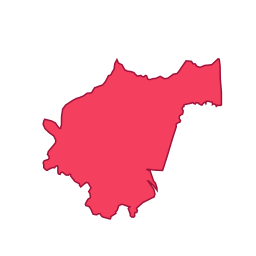 outline of Bakala, Ouaka, Central African Republic, rotated 17°
{"feature_id": "33826404B96667764649230", "entity_name": "Bakala", "entity_type": "district", "adm_level": 2, "iso_a3": "CAF", "parent_name": "Central African Republic", "parent_adm1": "Ouaka", "projection": "albers", "projection_center": [20.419, 6.598], "detail": "fine", "context": "isolated", "style": "filled", "palette": "rose", "viewbox_px": 256, "rotation_deg": 17, "n_neighbors": 0, "source": "geoboundaries", "source_scale": "gbopen_adm2", "svg_char_len": 2796}
<svg xmlns="http://www.w3.org/2000/svg" viewBox="0 0 256 256"><g transform="rotate(17 128 128)"><path d="M195.2,35.6L193.9,35.5L189.6,43.0L185.9,44.6L183.1,45.7L179.2,48.9L176.0,48.9L173.6,47.1L171.4,47.5L169.1,45.7L163.9,46.8L162.5,51.2L160.3,58.3L159.1,61.5L155.6,63.3L151.6,68.7L148.5,70.2L143.7,69.2L140.2,72.4L137.4,73.5L135.0,75.2L132.8,75.6L130.4,72.6L129.2,72.7L128.7,73.8L128.0,74.5L126.5,74.6L124.8,74.0L123.0,75.0L121.6,75.6L120.8,75.2L118.9,74.2L117.5,73.3L115.0,73.2L112.4,73.4L111.0,73.9L109.3,73.4L107.9,73.4L105.5,71.0L103.9,69.4L99.9,68.7L97.4,65.8L96.6,70.1L97.0,73.0L97.5,75.9L96.7,78.6L96.0,82.4L94.0,83.7L93.0,89.7L91.3,94.1L84.3,99.3L82.8,105.1L78.7,106.7L76.0,110.4L72.8,113.0L70.0,114.9L66.7,118.2L61.6,124.4L60.0,129.1L61.1,136.4L63.4,144.3L63.5,148.1L62.1,148.2L60.0,146.7L57.1,144.4L52.8,143.6L45.8,144.0L45.4,146.0L45.8,149.4L49.1,153.1L54.6,155.7L59.3,157.3L62.4,160.6L63.0,163.5L58.7,173.7L58.7,176.8L61.1,178.6L61.3,179.8L61.1,181.1L60.2,181.9L57.5,183.8L57.0,185.7L57.5,186.9L58.2,187.7L58.7,189.6L59.0,190.5L60.4,191.4L62.4,192.2L63.1,192.1L63.8,191.2L64.8,190.2L66.1,189.1L66.8,188.4L67.9,187.7L69.1,187.7L69.4,187.5L70.0,185.9L71.3,184.8L72.1,185.2L72.7,186.8L73.3,189.1L74.0,191.0L74.9,192.3L76.6,192.2L76.8,190.4L78.2,189.4L82.4,191.1L84.8,190.5L85.7,189.2L86.5,189.2L87.4,190.8L92.5,194.4L94.6,195.0L97.6,195.4L98.4,196.9L100.0,198.2L102.8,193.8L104.3,192.2L106.2,192.3L110.1,196.1L109.0,200.3L110.8,201.8L112.4,205.5L110.5,208.0L109.9,210.6L109.5,213.4L110.3,214.5L113.5,214.4L116.0,216.2L119.7,220.5L121.6,220.5L123.5,220.1L124.6,218.7L126.5,218.2L127.6,219.3L129.0,220.3L130.7,220.5L134.1,220.3L137.4,220.3L137.8,219.6L137.6,217.6L141.4,213.2L140.8,212.0L141.8,209.2L141.8,205.2L143.4,203.5L145.0,202.6L149.4,202.9L152.8,202.9L151.7,204.8L153.3,206.9L155.3,209.7L155.9,211.3L157.8,212.1L159.7,211.4L160.2,210.1L159.5,208.6L159.5,206.8L161.0,206.3L161.1,204.1L159.5,202.3L164.0,194.9L170.8,188.4L173.1,186.3L173.1,183.3L171.7,180.9L170.2,178.6L162.5,172.8L163.3,172.7L169.1,175.5L174.0,179.1L173.0,176.5L170.3,172.7L168.0,171.3L161.7,162.6L158.3,162.2L158.7,161.7L166.0,160.4L173.5,158.5L173.7,143.1L173.6,125.0L173.8,112.7L172.9,110.4L174.0,108.6L176.0,107.1L176.0,105.5L174.6,104.4L173.9,103.2L173.9,100.9L176.1,98.7L176.0,96.6L175.6,95.2L174.0,93.7L174.2,92.0L175.2,91.1L174.7,89.7L176.1,88.6L178.1,87.5L180.9,86.0L182.3,84.8L183.8,85.3L185.3,85.4L185.7,83.9L187.1,83.5L188.8,84.1L190.6,84.5L192.0,84.5L192.5,83.0L193.6,81.1L194.7,81.1L195.3,81.8L195.3,81.2L195.1,80.1L195.1,79.5L197.5,78.9L199.4,78.9L200.7,78.7L201.5,79.5L201.9,80.9L202.6,80.0L204.2,79.9L205.3,80.1L205.7,81.1L206.1,81.5L206.5,81.0L206.8,80.3L207.5,80.0L209.8,79.4L210.6,78.6L207.0,66.9L202.0,54.3L198.0,42.1L195.2,35.6Z" fill="#f43f5e" stroke="#9f1239" stroke-width="1.5"/></g></svg>